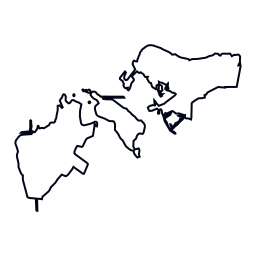 the district of Medalaii, Koror, Palau
{"feature_id": "81905179B66298370942195", "entity_name": "Medalaii", "entity_type": "district", "adm_level": 2, "iso_a3": "PLW", "parent_name": "Palau", "parent_adm1": "Koror", "projection": "albers", "projection_center": [134.462, 7.336], "detail": "fine", "context": "isolated", "style": "outline", "palette": "ink", "viewbox_px": 256, "rotation_deg": 0, "n_neighbors": 0, "source": "geoboundaries", "source_scale": "gbopen_adm2", "svg_char_len": 5742}
<svg xmlns="http://www.w3.org/2000/svg" viewBox="0 0 256 256"><path d="M236.7,86.9L240.6,66.2L240.3,64.4L239.1,65.4L238.4,65.4L239.3,63.2L239.9,62.7L240.0,59.5L240.1,56.5L239.4,55.4L238.6,54.7L237.1,54.7L235.2,55.0L234.0,54.9L231.9,56.2L230.0,53.6L226.0,53.8L223.8,53.5L222.4,53.8L221.3,54.3L220.5,55.6L219.0,55.1L218.3,53.9L215.1,53.5L212.7,55.3L209.0,56.2L205.8,57.7L197.9,58.9L192.3,59.1L189.3,60.2L188.5,59.1L181.4,57.6L179.5,57.0L175.1,54.2L172.9,54.6L171.9,54.5L170.9,53.3L168.6,51.9L162.5,49.2L160.8,48.1L153.3,45.5L151.1,45.2L148.8,45.3L147.6,45.7L145.6,46.9L142.3,49.4L140.0,52.7L139.6,54.5L138.5,56.6L138.2,58.0L137.5,59.3L137.1,61.4L135.0,61.2L134.0,60.6L133.2,61.5L132.6,64.0L135.2,69.5L127.3,79.7L125.8,80.1L124.9,79.5L124.3,78.5L124.2,77.1L124.4,76.1L125.9,72.5L125.0,71.5L120.1,77.6L119.9,79.0L122.8,81.3L123.9,84.2L123.4,85.5L124.4,87.4L125.3,88.1L127.8,87.7L127.3,89.4L128.3,90.3L129.2,89.6L130.0,88.2L131.3,83.7L131.9,82.6L133.7,80.6L133.8,79.1L132.1,76.9L132.7,75.3L136.9,71.4L139.1,73.0L140.8,72.3L141.8,73.2L143.4,74.1L144.3,75.8L145.3,77.0L147.8,76.8L147.1,78.8L149.4,82.6L151.1,83.1L151.6,85.4L152.5,87.2L154.9,88.5L155.6,89.2L156.6,88.9L156.5,87.6L156.5,85.5L158.7,84.4L159.0,83.2L158.9,81.8L160.0,82.5L162.0,82.7L166.2,85.0L167.9,83.5L167.8,86.5L168.5,88.4L168.0,90.6L170.1,91.1L172.5,92.8L173.9,92.8L174.9,93.3L175.8,94.1L174.8,95.5L166.7,101.6L164.2,103.7L158.9,105.8L155.8,102.6L155.5,101.6L154.3,100.3L154.5,103.4L155.2,104.1L155.0,105.4L152.7,105.1L150.5,105.7L149.1,106.3L147.8,107.7L149.3,110.9L151.8,110.8L157.0,108.6L157.9,109.4L158.5,110.4L157.9,113.0L158.0,113.5L158.9,113.7L159.3,113.2L159.4,111.1L159.9,109.7L160.3,109.3L161.3,109.6L161.7,110.4L162.1,113.3L163.8,117.3L164.5,120.8L170.2,130.7L174.6,133.6L175.4,133.6L175.4,133.1L173.9,131.8L171.9,130.9L171.5,130.3L171.7,129.8L174.7,126.7L177.5,124.5L179.5,122.2L182.3,119.7L183.5,118.4L183.8,117.6L183.7,117.2L183.3,117.2L182.0,118.2L180.1,118.9L179.8,119.4L179.8,120.2L178.9,121.3L177.5,122.3L175.6,123.1L173.8,126.0L173.1,126.5L172.4,126.6L170.8,124.4L170.3,124.3L170.4,125.3L171.4,127.2L171.4,128.1L170.4,129.0L169.8,129.0L168.2,126.5L166.8,122.4L164.7,119.3L165.4,117.9L170.2,114.8L171.1,112.9L165.4,115.9L164.4,115.4L164.6,114.1L165.3,113.1L166.2,113.6L167.7,113.1L172.0,111.1L173.2,111.3L175.7,113.4L176.7,113.6L179.0,113.4L181.7,114.3L178.3,115.8L179.5,116.6L181.3,116.4L182.8,115.6L185.0,115.1L184.9,117.5L185.8,118.3L189.1,118.6L191.0,119.5L191.4,117.6L191.7,103.3L192.2,102.5L195.2,100.3L198.6,98.3L202.1,98.2L204.9,97.5L204.5,95.1L206.3,94.5L206.9,93.2L208.0,92.2L218.1,87.0L225.2,87.6L225.2,87.0L236.7,86.9ZM36.4,210.4L36.9,210.8L37.4,210.8L37.1,198.8L38.1,198.7L41.9,199.2L42.6,196.6L48.5,191.5L49.3,190.5L50.9,187.2L55.3,182.8L57.6,179.3L61.7,174.6L65.6,176.2L67.0,175.6L68.1,174.6L72.0,169.5L73.4,166.9L83.0,173.8L84.0,173.7L87.9,164.4L87.5,163.3L75.0,154.1L74.4,153.2L74.4,151.9L75.7,148.5L77.3,145.9L82.0,146.9L82.8,146.2L85.9,139.7L87.1,138.4L92.9,135.9L94.4,126.7L94.5,123.3L95.7,125.9L96.9,126.4L97.2,125.3L97.1,122.7L96.2,121.8L95.1,121.7L90.9,123.6L85.0,125.2L83.7,125.3L81.8,124.5L81.0,123.0L79.9,116.3L80.1,110.5L81.4,104.3L78.6,102.5L75.6,101.4L73.5,100.1L72.3,100.1L71.4,100.8L70.1,102.8L68.7,103.4L66.1,101.3L65.6,100.1L65.8,96.6L64.9,94.7L63.6,94.3L62.9,95.0L61.9,97.5L60.4,99.5L59.8,100.7L62.7,107.3L61.9,107.9L59.6,105.4L57.7,105.8L57.7,110.2L56.5,116.0L56.2,118.4L55.3,119.8L55.2,121.2L54.2,122.5L51.0,122.6L50.1,123.0L49.0,125.1L44.9,127.7L43.4,128.3L42.5,127.9L41.0,128.0L39.9,128.4L38.8,128.0L38.7,126.3L38.2,125.9L37.8,126.0L37.2,129.0L34.9,132.1L34.1,132.2L32.9,131.4L31.7,131.2L31.3,130.2L31.1,128.5L31.6,126.8L31.6,126.0L31.3,124.6L31.1,120.8L30.6,120.3L30.2,120.6L30.3,126.7L29.8,130.8L29.3,131.4L21.8,132.1L21.0,132.8L22.2,132.9L31.0,132.4L32.2,132.9L31.4,134.1L22.9,134.7L21.1,135.1L20.0,135.5L18.4,137.1L15.9,140.5L15.4,142.6L15.5,144.0L16.7,147.0L18.0,151.5L17.0,154.7L16.9,156.3L18.5,163.4L18.5,167.0L20.7,172.6L21.6,174.3L22.9,175.4L22.8,178.6L23.0,180.3L27.5,197.2L29.5,198.0L35.8,198.5L36.4,210.4ZM97.3,94.2L95.8,92.3L94.7,91.7L93.4,91.6L92.2,91.8L90.9,93.5L90.5,94.9L91.7,96.6L93.6,98.5L96.6,100.0L98.2,102.2L98.6,103.3L95.5,106.0L94.9,107.6L95.0,109.5L96.3,114.2L97.1,115.3L98.4,116.3L104.9,118.7L108.6,120.7L109.7,121.1L112.7,121.1L114.0,121.7L114.8,123.4L115.1,125.3L114.9,129.8L118.0,133.6L120.0,137.6L120.7,138.6L122.7,140.4L125.7,146.0L127.7,147.9L130.3,149.8L131.6,150.4L133.8,150.7L133.8,152.4L134.4,153.8L135.2,155.1L137.4,157.5L139.6,156.7L138.9,154.3L139.4,150.8L139.2,149.4L138.6,148.4L134.6,149.5L134.2,148.2L133.3,146.6L133.6,140.8L136.1,138.5L136.8,136.2L137.5,135.0L138.3,134.0L139.6,133.5L142.6,133.9L143.3,133.1L143.8,131.8L144.8,127.2L144.9,125.7L144.6,124.7L143.6,123.0L142.2,121.7L141.3,120.5L139.3,120.6L138.3,120.4L137.0,119.3L134.6,116.5L132.2,114.7L130.5,112.7L128.4,111.1L126.4,108.6L124.2,108.1L123.1,107.5L112.9,99.8L111.7,99.4L106.3,99.3L103.2,98.9L102.7,97.8L124.2,97.7L123.6,96.7L100.4,96.6L99.7,95.6L97.3,94.2ZM160.1,91.1L161.2,91.4L162.5,90.1L162.0,88.5L162.0,86.6L161.4,85.5L159.8,84.9L159.1,85.4L158.8,86.4L158.8,88.9L157.8,90.7L158.6,91.8L158.9,93.2L160.0,95.4L160.8,93.1L160.1,91.1ZM83.4,91.3L84.4,91.2L85.6,91.5L87.6,92.5L89.9,93.0L90.5,92.3L90.4,91.2L89.6,89.8L88.6,89.7L87.6,90.4L87.1,90.5L86.1,89.8L84.9,90.3L84.3,90.3L82.9,89.4L82.4,89.7L82.8,90.7L83.4,91.3ZM166.2,86.7L165.4,87.7L165.3,89.1L166.5,90.0L167.3,89.2L167.3,87.3L166.2,86.7ZM90.3,102.5L90.1,101.8L89.5,101.5L89.0,101.6L88.6,102.1L88.6,102.6L88.8,103.0L89.6,103.2L90.3,102.5ZM74.1,94.3L73.4,94.6L73.3,95.6L73.8,96.2L74.4,95.9L74.5,94.8L74.1,94.3ZM161.8,95.1L162.7,94.2L161.9,94.3L161.8,95.1ZM161.2,96.0L161.6,96.2L162.3,96.7L161.7,95.9L161.2,96.0Z" fill="none" stroke="#020617" stroke-width="2"/></svg>